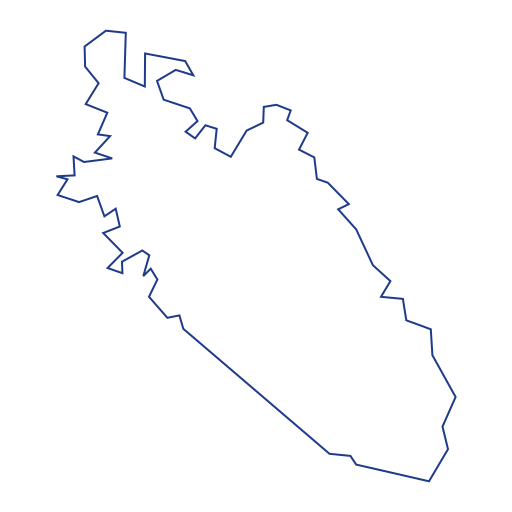 outline of Garrard, Kentucky, United States of America
{"feature_id": "52423323B74527006029943", "entity_name": "Garrard", "entity_type": "district", "adm_level": 2, "iso_a3": "USA", "parent_name": "United States of America", "parent_adm1": "Kentucky", "projection": "albers", "projection_center": [-84.593, 37.65], "detail": "fine", "context": "isolated", "style": "outline", "palette": "blue", "viewbox_px": 512, "rotation_deg": 0, "n_neighbors": 0, "source": "geoboundaries", "source_scale": "gbopen_adm2", "svg_char_len": 1070}
<svg xmlns="http://www.w3.org/2000/svg" viewBox="0 0 512 512"><path d="M84.6,46.5L85.1,66.6L98.6,83.2L85.7,104.1L107.3,112.7L97.9,134.4L110.1,136.1L94.9,152.6L112.2,158.4L84.0,162.0L73.5,156.4L74.6,175.4L56.4,176.3L67.5,179.3L57.6,195.0L79.0,202.1L97.1,196.0L104.4,216.3L115.7,208.7L119.8,226.5L103.2,233.0L122.6,252.8L107.6,268.0L122.4,273.2L122.0,261.7L142.3,250.5L149.3,255.3L143.3,276.1L150.7,268.7L157.4,279.5L149.0,296.8L167.4,317.8L179.4,315.4L183.3,328.8L329.5,453.8L350.4,455.9L356.2,464.6L429.0,481.3L448.0,449.2L442.5,426.6L455.6,397.0L432.4,355.2L430.8,329.3L406.3,320.3L402.9,298.9L381.0,296.8L390.4,281.1L372.9,265.2L356.2,229.4L338.2,209.3L348.8,204.1L327.8,182.7L316.9,178.9L314.3,157.4L299.0,149.6L307.7,132.8L287.2,120.2L290.7,110.4L276.4,104.8L263.8,106.9L263.2,122.6L246.6,130.6L230.8,156.8L214.7,148.2L216.7,128.8L205.4,125.3L195.1,138.4L185.6,131.7L197.5,121.1L189.9,108.4L163.7,99.7L157.0,80.9L175.7,69.9L193.3,75.3L185.2,61.1L145.1,53.5L144.8,86.5L124.4,77.9L125.8,32.8L105.9,30.7L84.6,46.5Z" fill="none" stroke="#1e3a8a" stroke-width="2"/></svg>